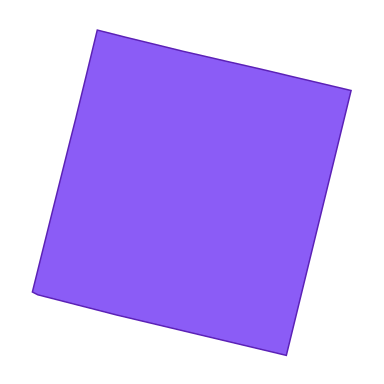 outline of Kendall, Illinois, United States of America, rotated 285°
{"feature_id": "52423323B87948005575599", "entity_name": "Kendall", "entity_type": "district", "adm_level": 2, "iso_a3": "USA", "parent_name": "United States of America", "parent_adm1": "Illinois", "projection": "natural_earth1", "projection_center": [-88.396, 41.591], "detail": "fine", "context": "isolated", "style": "filled", "palette": "violet", "viewbox_px": 384, "rotation_deg": 285, "n_neighbors": 0, "source": "geoboundaries", "source_scale": "gbopen_adm2", "svg_char_len": 382}
<svg xmlns="http://www.w3.org/2000/svg" viewBox="0 0 384 384"><g transform="rotate(285 192 192)"><path d="M54.1,63.7L52.8,69.7L53.7,151.6L58.6,325.4L331.2,319.4L329.5,261.9L328.7,232.6L327.1,189.4L325.6,146.8L324.3,87.3L323.9,58.6L323.3,58.6L277.8,59.7L236.7,60.6L233.6,60.7L210.4,61.0L143.4,62.1L143.0,62.1L54.1,63.7Z" fill="#8b5cf6" stroke="#5b21b6" stroke-width="1.5"/></g></svg>